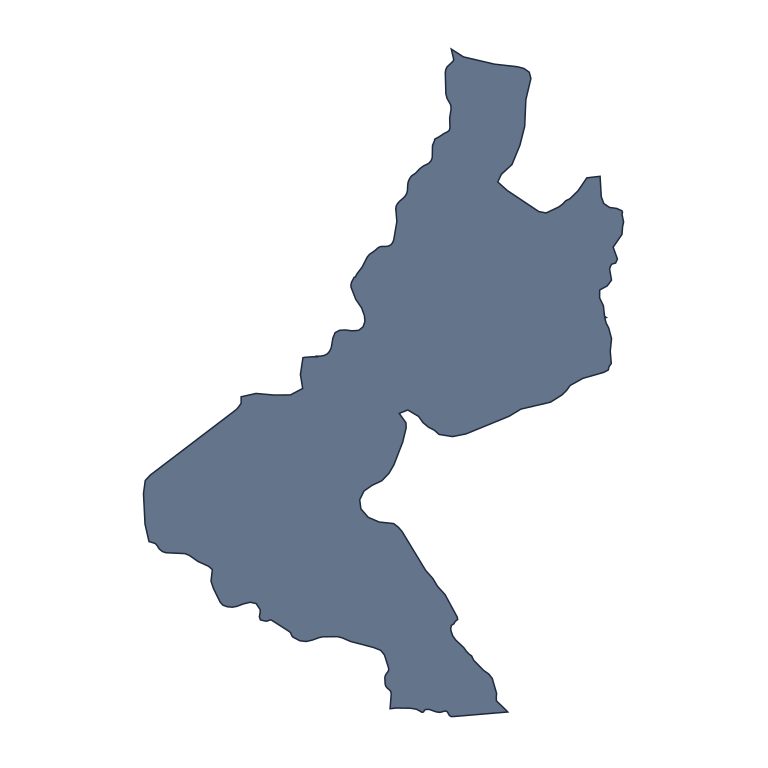 Kwara, Natural Earth projection, rotated 269°
{"feature_id": "NGA-2849", "entity_name": "Kwara", "entity_type": "State", "adm_level": 1, "iso_a3": "NGA", "parent_name": "Nigeria", "parent_adm1": "", "projection": "natural_earth1", "projection_center": [4.317, 9.059], "detail": "fine", "context": "isolated", "style": "filled", "palette": "slate", "viewbox_px": 768, "rotation_deg": 269, "n_neighbors": 0, "source": "natural_earth", "source_scale": "10m", "svg_char_len": 3598}
<svg xmlns="http://www.w3.org/2000/svg" viewBox="0 0 768 768"><g transform="rotate(269 384 384)"><path d="M201.4,209.1L204.8,205.4L209.8,194.9L216.0,186.4L217.9,181.9L219.1,163.0L220.4,159.4L223.3,156.1L226.1,154.6L228.5,152.5L230.2,147.6L230.4,146.4L231.4,146.1L248.1,142.6L278.7,141.6L291.7,143.6L297.1,148.8L361.2,236.1L364.1,238.6L367.2,240.8L373.7,240.9L376.8,255.8L374.9,273.7L374.7,290.2L381.0,302.6L395.0,300.6L411.7,303.4L412.0,304.9L412.5,313.3L412.3,317.6L412.5,317.5L412.8,317.3L413.0,317.1L413.0,321.3L413.7,325.0L415.3,328.1L418.2,330.5L421.3,331.9L430.8,333.7L436.2,336.0L438.5,340.6L438.7,346.5L437.7,353.0L438.1,359.7L441.6,364.1L446.9,366.0L452.7,365.6L460.5,362.9L469.0,357.3L481.4,352.7L484.0,352.7L486.5,353.4L491.2,356.0L491.5,357.2L494.8,359.0L501.2,364.1L511.3,369.5L514.0,371.9L517.3,376.9L520.6,380.8L521.5,383.2L521.6,385.5L521.5,387.8L521.7,390.4L523.1,393.4L525.4,395.2L528.2,396.3L546.4,399.7L559.2,398.8L562.0,399.4L564.3,400.8L566.3,402.6L569.8,406.8L572.1,408.9L574.4,410.1L577.0,410.8L582.9,411.2L585.6,411.7L588.2,412.8L590.7,414.4L591.8,415.5L594.3,419.3L598.4,423.3L600.1,425.5L601.6,427.8L603.4,431.7L604.1,432.8L606.6,435.1L609.6,436.2L620.6,436.6L622.1,436.8L626.3,438.7L627.9,439.0L630.4,443.7L633.2,448.0L635.2,452.1L636.4,453.6L638.7,454.4L648.9,454.3L657.3,455.8L660.2,455.8L662.4,455.3L668.5,452.0L673.2,450.9L694.1,450.7L697.1,451.2L699.9,452.5L705.7,458.8L707.2,459.4L717.7,457.1L709.7,469.1L701.9,499.9L698.9,522.8L697.1,529.3L693.2,534.7L686.8,536.2L665.8,530.8L639.3,529.2L620.4,524.1L601.2,515.8L591.5,504.9L584.0,501.3L575.5,510.4L553.7,541.8L552.2,549.1L557.9,561.7L560.7,565.7L564.1,569.0L566.0,573.1L573.7,581.3L586.6,590.4L587.9,603.7L567.5,604.5L560.6,606.9L556.6,612.6L555.5,619.7L553.1,624.9L551.4,625.5L549.8,624.9L541.8,626.4L537.1,625.3L529.5,624.6L516.8,615.5L504.9,619.6L500.9,617.7L499.9,613.9L497.7,612.4L494.9,611.6L483.9,613.3L478.2,608.9L474.2,601.3L466.2,601.1L458.6,604.7L447.9,605.7L446.6,607.4L446.3,605.9L441.0,607.2L436.0,609.7L425.3,612.3L412.8,610.8L400.5,611.6L397.4,609.3L394.1,608.5L391.8,604.0L386.2,583.0L379.3,570.1L374.3,566.4L369.9,561.7L362.9,550.1L356.5,520.4L349.6,508.6L332.7,465.2L330.2,451.7L332.6,438.2L336.9,433.5L339.9,427.9L344.7,422.3L351.0,418.0L357.6,407.3L354.3,398.7L344.9,405.3L339.7,405.4L325.6,401.7L303.0,392.5L294.6,387.4L287.3,380.1L282.9,370.3L277.4,362.2L268.7,357.7L259.6,358.7L251.0,365.9L246.1,376.7L244.3,391.2L240.6,395.8L236.2,399.5L196.9,422.4L188.6,429.5L180.9,433.9L172.3,441.4L149.8,453.1L147.3,453.6L145.3,451.0L143.0,449.7L141.5,447.2L138.3,446.4L135.3,446.9L130.9,448.4L126.8,451.2L119.0,459.2L115.2,461.8L112.2,464.6L110.7,466.8L106.3,468.8L95.9,478.6L92.3,483.6L87.8,487.1L72.6,491.2L68.9,490.8L65.2,490.9L55.3,500.8L53.9,502.0L50.3,447.9L50.3,447.7L50.3,445.3L51.4,443.6L54.6,441.9L55.7,440.8L55.9,438.8L54.9,435.4L54.7,433.4L55.4,430.0L57.8,423.7L57.9,420.3L57.1,418.7L56.2,418.3L55.4,417.8L55.1,416.0L55.5,415.6L57.7,411.8L58.3,410.5L59.4,404.4L59.8,390.3L59.2,384.4L73.9,385.8L76.5,385.4L78.3,383.8L79.9,381.9L82.0,380.4L84.0,379.9L89.9,379.7L92.0,380.0L94.0,381.1L95.9,382.6L97.8,383.7L100.0,383.6L113.1,379.7L117.8,376.0L120.7,369.0L127.1,346.2L131.0,337.6L132.2,333.0L132.3,318.6L131.6,314.9L129.2,307.9L127.9,301.7L128.7,295.5L132.4,288.7L133.7,287.5L136.8,286.3L138.2,284.9L149.9,267.3L150.1,266.2L149.1,263.3L148.9,261.8L150.3,256.3L153.4,255.3L157.1,256.1L160.5,256.3L166.7,252.3L168.1,246.5L166.6,239.7L164.2,232.9L163.5,228.5L164.0,223.5L165.7,219.0L168.7,216.4L182.5,209.9L189.9,207.6L201.4,209.1Z" fill="#64748b" stroke="#1e293b" stroke-width="1.5"/></g></svg>